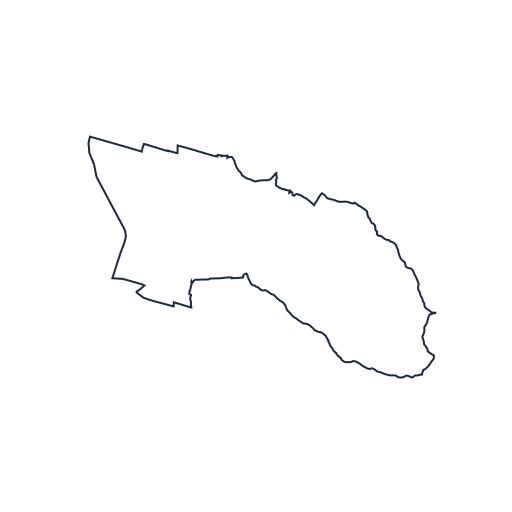 Orbeni, Bacau, Romania (Albers equal-area conic projection), rotated 215°
{"feature_id": "2599482B35012513520864", "entity_name": "Orbeni", "entity_type": "district", "adm_level": 2, "iso_a3": "ROU", "parent_name": "Romania", "parent_adm1": "Bacau", "projection": "albers", "projection_center": [26.985, 46.28], "detail": "fine", "context": "isolated", "style": "outline", "palette": "slate", "viewbox_px": 512, "rotation_deg": 215, "n_neighbors": 0, "source": "geoboundaries", "source_scale": "gbopen_adm2", "svg_char_len": 6032}
<svg xmlns="http://www.w3.org/2000/svg" viewBox="0 0 512 512"><g transform="rotate(215 256 256)"><path d="M431.4,229.0L379.0,202.4L376.8,200.7L375.6,199.4L374.3,198.0L373.0,195.6L371.2,190.6L368.8,180.9L360.9,155.4L352.1,160.8L333.9,167.2L331.8,167.6L330.5,167.9L331.0,165.7L331.6,162.9L332.0,161.6L333.3,158.5L332.9,157.6L324.3,157.3L320.2,158.4L314.8,160.1L302.2,164.7L294.6,167.4L296.7,171.0L282.9,175.5L279.8,176.4L279.8,176.8L279.6,176.9L279.9,177.2L280.1,177.1L280.9,178.0L281.1,178.4L281.9,179.8L283.6,181.7L284.3,182.2L285.5,183.3L285.9,184.3L286.8,186.8L288.8,186.6L289.3,187.3L290.1,188.8L290.3,190.2L291.7,193.3L292.4,195.5L292.9,196.4L293.3,196.7L293.5,197.1L294.2,197.8L294.3,198.1L293.9,197.8L293.3,197.6L292.7,197.9L292.8,198.9L292.8,200.1L292.4,201.1L291.6,202.2L289.9,203.3L286.7,205.8L284.1,207.6L281.1,209.9L281.0,210.9L271.8,217.8L269.2,220.2L267.1,222.0L263.7,224.4L263.0,223.8L261.6,225.2L260.4,225.9L256.8,228.8L254.8,230.5L254.4,230.9L254.4,231.4L255.3,232.5L255.4,233.0L255.1,234.0L254.8,234.7L253.9,236.1L253.4,236.1L252.1,235.5L250.7,234.1L244.7,230.6L243.2,230.2L242.2,230.1L241.6,230.2L240.6,230.9L240.2,231.1L238.4,230.9L236.1,231.5L232.9,231.1L231.8,231.2L230.6,231.7L230.1,232.0L229.6,232.7L229.1,233.2L228.3,233.5L225.4,233.7L221.4,233.6L220.2,234.1L218.8,234.4L214.8,233.5L212.6,233.4L210.8,233.1L208.6,233.4L207.0,233.4L204.8,232.8L203.7,232.4L200.1,229.9L198.0,229.2L194.8,228.7L191.5,227.7L190.9,227.7L189.9,227.7L187.6,227.9L185.3,227.8L185.0,227.7L183.8,227.7L180.8,227.8L180.4,227.9L178.5,227.9L177.0,228.8L174.7,229.8L173.8,229.9L171.1,229.9L170.7,229.8L168.0,229.6L166.9,229.2L165.2,228.9L163.6,229.3L161.6,229.5L158.8,230.8L158.3,230.9L157.0,230.9L153.4,230.6L152.2,230.1L151.6,229.9L149.4,228.6L149.0,228.7L148.8,228.6L148.9,228.4L147.6,227.7L147.4,227.3L147.2,227.2L146.1,226.7L145.8,226.6L143.9,225.2L142.9,224.8L139.9,223.9L138.3,223.0L137.3,222.7L134.6,222.5L134.4,222.1L133.0,221.8L132.5,221.6L131.9,221.3L131.4,221.1L130.6,221.2L130.4,221.3L130.2,221.1L128.2,221.0L127.8,220.7L127.5,220.6L127.2,220.7L126.9,220.5L126.7,220.3L125.6,220.0L122.9,220.0L121.9,220.3L121.0,221.0L118.2,222.8L117.1,223.9L116.4,225.4L115.9,225.9L114.5,226.5L113.5,226.9L111.8,227.2L109.0,227.3L105.4,227.1L103.0,227.5L100.7,227.6L99.8,228.0L99.2,228.1L98.2,228.5L97.6,229.2L97.1,230.0L96.9,230.3L96.5,230.5L94.9,231.0L93.8,231.1L91.6,230.9L90.3,231.0L87.5,232.1L83.2,233.1L78.5,234.7L76.7,235.8L74.7,237.3L74.0,237.7L72.3,238.4L72.0,238.4L71.2,238.0L70.9,238.0L68.6,238.9L67.1,239.9L66.0,241.1L65.4,241.9L65.0,242.8L64.6,243.8L63.6,244.6L63.2,244.9L61.7,245.2L61.2,245.5L59.7,245.5L58.9,245.9L58.1,246.4L57.3,249.0L56.9,249.6L55.7,250.4L55.1,250.9L53.6,252.7L53.1,253.4L52.1,254.1L52.5,254.5L52.8,255.8L53.1,257.2L53.6,258.3L53.6,258.8L52.7,259.9L51.7,264.1L51.6,265.6L51.7,269.6L51.6,271.2L51.5,272.7L51.5,273.2L51.8,274.2L52.4,275.3L53.3,276.6L55.0,276.4L57.2,276.3L60.6,276.4L60.8,276.5L61.9,278.0L62.2,278.2L64.5,279.0L65.4,279.5L67.1,279.9L67.8,280.2L69.6,282.3L71.9,284.0L72.9,284.8L73.6,285.6L73.7,286.1L73.9,287.8L74.2,288.8L74.7,290.3L75.5,291.8L77.1,294.0L77.4,294.7L77.4,296.8L77.5,298.4L77.8,299.8L78.9,302.4L79.5,304.3L80.3,307.1L80.2,307.6L79.3,308.6L78.5,310.0L75.8,312.8L79.5,310.5L83.1,310.7L87.2,310.7L87.8,310.9L88.7,311.3L89.7,312.1L90.8,313.6L93.6,314.9L94.8,316.1L98.6,318.1L99.9,319.1L100.4,319.7L101.3,320.4L102.7,320.8L103.6,321.4L105.0,322.9L105.5,323.7L105.9,324.5L106.6,326.2L107.3,326.9L112.9,330.5L115.3,331.7L118.7,333.9L120.4,334.5L121.3,334.6L122.1,334.5L124.3,333.5L126.0,333.2L126.8,333.2L127.3,333.4L130.3,336.0L130.9,336.3L133.1,336.3L134.5,336.6L135.8,336.8L137.9,338.0L140.7,340.1L143.4,342.5L148.0,345.5L151.1,345.8L154.5,345.0L155.8,345.2L156.8,345.1L157.6,344.5L158.1,344.3L159.4,344.0L161.5,343.8L164.9,344.1L165.4,344.0L166.6,343.2L167.3,343.0L168.7,343.0L169.8,343.4L170.3,344.8L170.7,345.4L171.0,345.6L172.3,345.5L173.3,346.0L173.7,346.7L174.0,346.9L174.4,347.7L175.0,348.0L175.7,348.5L175.9,349.0L176.8,349.6L177.3,349.7L178.6,349.7L180.3,349.4L181.4,350.1L182.2,350.4L183.8,351.6L184.4,351.8L185.2,351.9L186.1,352.1L186.9,352.7L188.9,354.2L189.2,354.5L189.7,355.5L191.5,356.5L192.9,356.4L194.1,356.6L195.3,356.6L196.4,356.4L199.2,356.5L200.3,356.1L201.8,356.3L203.6,356.2L205.5,356.3L205.8,356.1L206.2,355.1L206.4,354.8L208.3,353.9L211.5,353.0L213.4,352.2L215.3,350.8L217.4,349.1L219.0,348.1L221.5,347.3L223.1,347.0L224.7,346.5L226.0,346.0L226.3,345.8L228.9,344.8L230.8,344.2L231.4,344.3L233.5,345.1L234.8,345.2L238.0,345.2L238.0,344.4L238.3,343.2L238.2,340.4L237.8,336.1L237.9,332.8L237.5,331.0L238.4,331.0L241.6,331.5L247.4,332.0L249.5,331.6L254.9,331.3L255.5,330.8L257.0,330.6L257.9,330.3L258.4,329.9L258.9,329.1L259.3,327.3L260.3,327.0L260.5,326.8L261.0,326.9L262.5,328.6L263.1,328.9L263.8,328.8L264.3,328.1L264.9,326.7L265.1,327.0L264.8,327.4L264.9,327.9L265.2,328.3L264.9,328.8L265.9,329.2L266.7,328.3L268.0,327.9L269.2,327.4L269.8,326.9L270.6,327.1L271.6,326.9L272.3,326.0L274.8,325.8L275.1,325.4L280.0,325.3L280.8,326.0L281.3,326.7L281.5,327.6L281.8,328.3L282.4,328.8L283.0,329.4L283.6,331.6L284.1,332.3L285.1,333.4L286.0,334.0L286.7,335.3L286.9,335.6L287.2,335.2L287.3,334.3L287.4,332.0L287.7,330.5L288.0,327.9L288.3,327.3L288.6,326.4L289.1,325.5L289.7,325.0L293.7,322.0L296.1,320.1L299.1,316.9L299.9,316.4L301.2,316.0L302.5,315.9L304.8,315.4L306.4,314.8L309.3,314.1L311.0,314.3L312.2,314.2L312.8,314.0L313.6,314.0L314.2,314.3L315.1,315.0L316.8,315.7L318.6,315.9L320.8,316.6L323.2,317.8L326.1,319.7L328.2,321.4L330.3,322.6L332.8,323.2L334.5,322.0L335.4,320.9L335.8,320.1L336.4,321.5L336.7,321.8L337.0,321.9L337.3,321.7L337.2,321.2L339.6,319.8L340.3,319.2L341.2,318.2L341.5,318.8L342.3,318.3L345.4,316.8L344.6,315.4L348.7,313.5L370.1,306.4L376.9,304.0L383.6,301.6L379.3,295.2L381.4,294.3L388.7,291.7L388.4,291.3L390.8,290.5L411.3,283.9L411.5,283.3L412.1,283.2L411.6,282.1L411.1,279.9L409.4,276.0L425.7,270.6L430.8,268.8L460.5,258.5L458.0,252.5L451.7,244.9L441.4,238.3L432.6,229.9L431.4,229.0Z" fill="none" stroke="#1e293b" stroke-width="2"/></g></svg>